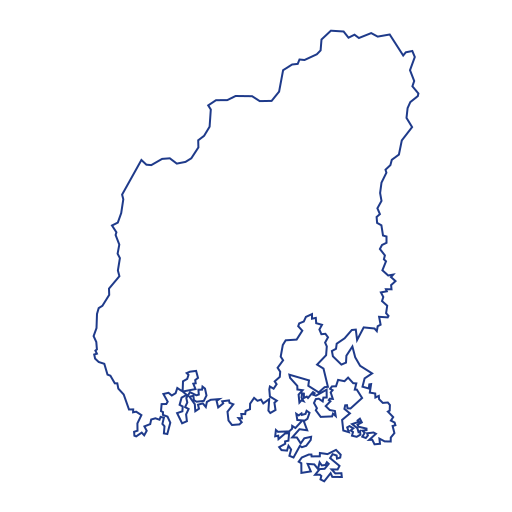 Müna, Ngöbe Buglé, Panama (orthographic projection)
{"feature_id": "35544464B46003057824195", "entity_name": "Müna", "entity_type": "district", "adm_level": 2, "iso_a3": "PAN", "parent_name": "Panama", "parent_adm1": "Ngöbe Buglé", "projection": "orthographic", "projection_center": [-81.616, 8.422], "detail": "fine", "context": "isolated", "style": "outline", "palette": "blue", "viewbox_px": 512, "rotation_deg": 0, "n_neighbors": 0, "source": "geoboundaries", "source_scale": "gbopen_adm2", "svg_char_len": 6090}
<svg xmlns="http://www.w3.org/2000/svg" viewBox="0 0 512 512"><path d="M119.4,276.2L109.0,288.6L109.2,294.9L102.4,305.8L98.7,308.1L97.0,313.9L96.5,328.1L93.6,336.1L96.3,342.0L96.9,349.4L95.4,350.6L96.9,353.7L94.2,354.5L95.1,358.6L98.7,362.0L104.3,363.8L107.5,374.6L110.4,375.7L114.8,383.3L117.3,383.3L118.3,388.6L123.7,394.5L129.0,409.5L133.2,409.4L133.1,412.3L136.2,411.7L141.4,415.1L137.4,423.4L137.5,430.7L134.1,431.8L134.4,435.7L136.2,436.4L141.7,432.6L144.2,435.3L146.7,430.8L144.4,426.4L150.2,424.1L151.2,419.5L155.4,418.3L159.5,419.7L160.6,416.9L163.9,417.7L162.4,423.9L164.5,426.3L163.9,433.4L167.3,434.0L170.3,422.7L167.5,416.6L162.9,414.9L163.0,412.1L161.0,411.1L161.6,404.1L166.3,404.0L167.7,401.7L163.4,394.0L168.5,392.8L171.8,395.5L175.6,393.2L177.3,388.0L181.3,390.7L182.7,389.7L183.0,381.3L187.2,378.9L188.5,374.9L186.7,373.1L189.9,371.7L196.1,370.9L198.0,377.9L195.2,380.1L195.7,383.3L193.3,383.7L195.5,389.1L182.7,391.5L186.7,394.9L181.6,397.6L179.6,404.8L182.7,406.5L182.4,411.3L177.1,413.1L182.1,423.3L186.9,421.2L186.1,414.4L188.6,409.0L185.1,407.1L187.3,402.5L186.3,398.0L190.0,392.2L196.4,395.3L198.8,394.6L198.4,389.7L202.1,389.6L202.5,386.6L205.0,388.6L206.5,395.5L203.8,400.9L196.6,401.7L193.9,400.2L193.4,395.8L189.5,396.7L194.8,404.2L195.3,411.2L199.0,408.7L198.0,404.7L202.8,403.4L205.8,407.0L206.9,401.9L210.7,399.8L219.2,399.1L216.6,400.9L218.2,407.4L223.2,403.4L222.2,401.3L229.0,400.4L229.5,402.8L233.3,404.3L227.5,411.7L228.5,420.5L232.0,425.0L239.4,424.4L241.7,422.2L238.5,418.1L241.9,418.3L241.3,414.0L245.2,414.1L245.6,411.0L250.0,409.2L250.1,403.7L254.1,397.9L257.5,400.8L261.0,399.6L263.3,403.4L269.2,399.1L268.4,410.6L270.3,413.0L275.5,410.0L274.4,402.7L276.8,400.7L269.9,396.5L269.3,389.4L269.9,386.5L273.6,388.7L276.6,384.2L274.7,381.4L279.8,376.9L280.2,371.7L277.6,367.8L283.1,360.3L280.7,356.6L282.8,345.0L285.7,340.3L296.6,339.6L302.3,330.7L298.2,326.2L299.2,323.4L303.8,321.5L305.9,316.9L312.0,314.1L312.0,318.7L315.8,317.9L316.2,323.2L322.0,324.8L319.4,329.5L321.4,334.2L325.4,333.8L328.0,337.3L325.1,342.6L326.8,346.4L326.1,355.2L317.1,364.6L323.5,368.6L327.9,386.8L324.6,387.2L318.7,392.4L308.3,385.8L309.0,380.4L289.4,374.7L290.1,377.9L297.3,385.9L297.4,389.5L302.6,390.2L298.6,394.6L299.4,402.6L301.5,400.3L303.5,401.1L301.5,397.6L302.1,393.3L303.9,393.6L303.9,398.0L306.8,396.6L308.0,398.0L313.0,392.1L314.6,393.2L313.4,394.8L315.9,395.7L326.6,389.7L326.7,397.5L323.4,397.6L322.7,401.4L318.8,398.7L315.8,399.1L314.0,403.0L316.9,408.2L315.8,410.3L320.7,416.9L332.1,416.4L333.0,413.6L335.7,416.0L334.9,411.0L329.7,410.0L325.7,406.1L330.4,401.3L328.8,400.1L329.8,398.7L332.8,398.9L330.7,392.4L332.6,390.2L330.1,388.8L332.0,386.4L336.0,386.3L338.1,379.9L344.5,381.2L348.1,377.6L353.2,383.2L356.3,383.4L354.8,389.6L356.8,389.6L362.1,398.0L350.5,408.5L347.5,408.3L347.0,405.2L345.2,405.3L344.4,408.9L349.9,413.4L342.1,419.9L343.3,430.5L348.9,432.2L347.2,427.4L349.5,426.1L353.3,428.3L350.7,430.5L353.0,432.0L352.0,435.7L356.7,436.8L360.4,434.7L360.0,431.1L358.5,432.1L357.4,428.2L352.1,424.1L359.0,421.7L357.7,420.4L359.9,418.7L361.8,422.4L357.5,424.7L358.5,426.7L366.5,428.6L366.5,430.1L362.4,430.7L364.7,432.8L362.3,436.7L365.8,438.0L367.9,435.5L367.1,433.3L373.5,432.5L375.9,433.8L369.2,439.9L372.3,439.8L374.5,444.3L380.0,443.8L379.4,438.6L384.7,441.4L390.7,441.5L390.8,437.5L394.4,433.1L392.6,426.0L395.4,425.2L394.6,422.5L390.9,420.6L393.2,417.1L387.9,411.6L389.7,410.6L389.9,405.0L387.8,402.5L382.8,402.9L379.1,399.2L378.8,395.9L375.4,397.5L375.2,393.5L369.8,392.6L371.1,384.1L369.3,384.4L368.8,388.5L362.5,386.7L364.6,378.4L372.1,373.4L360.1,365.8L355.2,357.3L352.4,346.5L346.4,355.7L346.0,362.6L341.4,364.6L332.9,356.3L331.9,351.0L336.0,348.8L336.7,343.7L344.6,338.3L351.8,330.0L355.8,329.6L357.1,340.0L363.7,327.4L374.5,328.5L376.8,331.1L377.7,326.2L380.6,324.7L379.1,316.8L387.7,317.4L388.5,315.9L386.1,313.2L387.2,305.7L382.0,301.1L383.3,297.0L380.9,292.4L386.8,291.3L385.9,289.2L391.5,289.3L391.1,285.1L395.5,281.1L391.0,277.1L393.2,274.6L388.2,275.5L382.4,270.3L386.0,261.3L383.9,259.3L384.9,255.4L379.9,249.0L382.0,245.0L386.5,242.8L386.5,236.5L383.0,235.5L381.4,225.3L377.1,222.9L376.6,217.0L379.9,214.1L377.4,208.3L381.5,200.9L380.1,193.0L381.5,182.6L386.4,172.7L385.5,169.7L390.4,165.1L391.8,159.8L398.9,154.6L401.8,140.4L412.1,127.1L406.5,117.9L407.6,108.1L410.3,102.1L417.8,96.1L418.4,93.5L412.4,86.3L414.2,81.0L410.0,70.2L414.8,57.0L412.3,51.0L405.8,52.3L403.2,55.5L389.7,34.5L377.7,36.6L371.2,33.1L358.9,38.0L354.5,34.7L348.5,37.7L343.6,31.5L330.9,30.7L321.5,39.5L320.6,50.4L316.8,54.3L304.5,60.0L299.5,59.5L297.7,63.9L292.1,64.5L283.1,70.2L279.1,91.6L271.6,100.9L259.7,101.1L252.1,96.2L235.6,96.0L227.3,100.1L216.0,100.2L208.2,105.4L210.8,109.5L209.6,126.7L204.1,135.8L198.2,140.3L198.4,147.4L191.3,158.3L185.5,161.9L176.8,163.6L169.8,158.3L162.1,158.9L151.3,165.1L146.4,164.7L141.4,160.0L122.1,194.6L123.3,199.3L121.2,213.1L117.8,222.6L112.0,225.5L116.4,232.3L115.6,235.0L119.3,244.6L117.6,253.7L119.9,258.1L117.9,270.5L119.4,276.2ZM301.4,472.9L310.8,471.4L307.6,463.9L314.3,464.4L318.0,469.0L319.6,462.3L321.8,465.4L325.4,465.0L326.9,462.2L328.7,463.9L324.6,468.8L319.7,469.1L315.1,474.8L319.8,474.7L321.3,476.0L320.5,479.4L324.2,481.3L330.6,473.2L332.3,476.9L341.8,477.0L341.4,473.2L335.3,473.4L331.6,469.4L337.6,469.5L339.5,465.9L330.1,458.1L332.6,454.2L336.6,455.5L337.0,458.6L340.2,457.6L340.7,454.7L336.0,449.9L327.5,454.1L319.9,453.0L319.8,456.3L311.6,456.4L311.4,454.5L308.9,454.5L301.8,457.5L298.7,461.7L301.3,463.2L301.4,472.9ZM275.9,430.0L275.2,436.3L278.2,435.7L278.5,439.1L285.2,433.4L289.1,433.3L288.4,440.7L285.1,441.4L285.2,443.8L279.2,447.1L281.5,450.1L287.0,450.6L288.5,445.8L291.1,449.5L289.4,455.8L293.5,457.5L299.9,445.9L301.9,447.2L306.2,445.8L310.7,440.0L311.1,436.8L304.3,438.3L300.7,443.4L296.9,437.5L292.2,437.4L299.5,429.2L307.2,430.3L303.8,421.2L307.4,418.8L309.5,412.8L306.6,410.8L305.5,413.9L301.9,414.9L301.5,413.4L298.7,415.4L296.3,413.8L297.3,420.0L302.4,420.4L295.4,428.0L292.2,425.9L292.1,428.7L289.2,431.4L277.9,431.8L275.9,430.0Z" fill="none" stroke="#1e3a8a" stroke-width="2"/></svg>